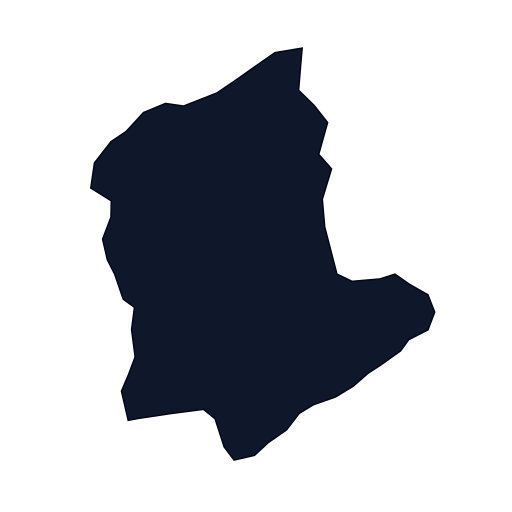 Tranås, Jönköping, Sweden, rotated 77°
{"feature_id": "70781695B97967886830889", "entity_name": "Tranås", "entity_type": "district", "adm_level": 2, "iso_a3": "SWE", "parent_name": "Sweden", "parent_adm1": "Jönköping", "projection": "mercator", "projection_center": [14.881, 58.063], "detail": "fine", "context": "isolated", "style": "filled", "palette": "ink", "viewbox_px": 512, "rotation_deg": 77, "n_neighbors": 0, "source": "geoboundaries", "source_scale": "gbopen_adm2", "svg_char_len": 890}
<svg xmlns="http://www.w3.org/2000/svg" viewBox="0 0 512 512"><g transform="rotate(77 256 256)"><path d="M387.4,417.5L387.8,407.3L390.3,375.3L393.6,341.7L405.4,332.5L434.8,330.0L449.9,323.3L449.9,302.3L440.7,286.3L432.4,265.6L432.2,265.2L419.1,249.4L413.9,233.7L411.2,210.1L404.7,190.4L395.5,173.3L390.2,158.9L381.0,136.5L371.9,126.0L366.6,105.0L350.9,94.5L332.5,97.2L324.1,106.3L318.0,112.9L304.9,124.7L306.2,140.5L302.3,168.1L291.8,181.2L243.2,182.5L215.6,178.6L188.1,162.8L171.0,172.0L142.1,156.2L122.5,165.4L104.1,177.2L71.3,166.7L63.8,164.2L62.1,191.7L72.6,217.9L79.1,233.7L88.3,257.3L93.6,292.8L87.0,309.8L87.0,310.0L90.9,333.4L105.4,354.4L111.9,371.5L129.0,392.5L152.6,401.7L169.7,384.6L185.5,388.6L205.1,401.7L226.2,401.7L241.9,397.8L268.2,395.1L278.7,386.0L299.7,393.8L327.2,396.5L343.0,407.0L357.4,417.5L387.4,417.5Z" fill="#0f172a" stroke="#020617" stroke-width="1.5"/></g></svg>